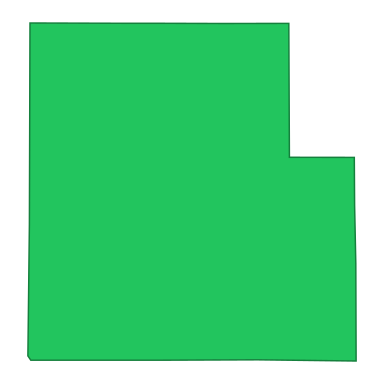 Wood, Wisconsin, United States of America (Albers equal-area conic projection)
{"feature_id": "52423323B58004100202337", "entity_name": "Wood", "entity_type": "district", "adm_level": 2, "iso_a3": "USA", "parent_name": "United States of America", "parent_adm1": "Wisconsin", "projection": "albers", "projection_center": [-90.031, 44.466], "detail": "fine", "context": "isolated", "style": "filled", "palette": "green", "viewbox_px": 384, "rotation_deg": 0, "n_neighbors": 0, "source": "geoboundaries", "source_scale": "gbopen_adm2", "svg_char_len": 325}
<svg xmlns="http://www.w3.org/2000/svg" viewBox="0 0 384 384"><path d="M30.0,23.0L29.4,224.3L27.9,355.9L30.8,360.2L159.1,360.2L257.6,359.8L257.8,359.8L356.1,361.0L355.8,263.8L354.6,205.2L354.3,157.4L289.4,157.3L288.8,23.4L223.4,23.5L160.0,23.3L126.9,23.3L30.0,23.0Z" fill="#22c55e" stroke="#15803d" stroke-width="1.5"/></svg>